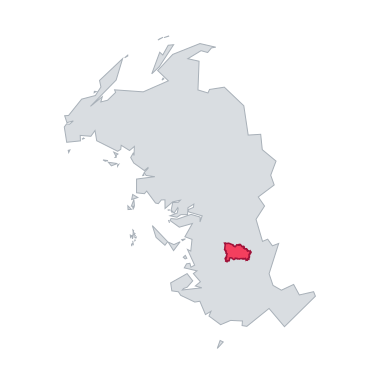 location of Perm' within Russia, rotated 278°
{"feature_id": "RUS-3200", "entity_name": "Perm'", "entity_type": "Territory", "adm_level": 1, "iso_a3": "RUS", "parent_name": "Russia", "parent_adm1": "", "projection": "orthographic", "projection_center": [56.51, 58.891], "detail": "fine", "context": "in_parent", "style": "filled", "palette": "rose", "viewbox_px": 384, "rotation_deg": 278, "n_neighbors": 0, "source": "natural_earth", "source_scale": "10m", "svg_char_len": 7734}
<svg xmlns="http://www.w3.org/2000/svg" viewBox="0 0 384 384"><g transform="rotate(278 192 192)"><path d="M340.1,179.2L338.7,195.4L337.4,191.2L332.3,188.1L333.2,181.3L323.4,169.3L322.5,180.8L293.9,183.7L292.3,194.0L296.0,195.1L300.3,209.4L284.6,231.3L256.2,239.7L258.7,252.0L243.7,255.7L234.3,270.9L219.6,267.6L210.4,272.4L196.3,258.3L188.2,265.8L173.9,259.2L152.9,268.7L155.8,273.5L149.9,279.1L153.1,285.0L121.8,279.7L110.8,285.2L107.2,294.2L114.6,305.5L105.0,312.6L110.2,326.3L106.0,328.7L71.5,302.3L87.4,284.5L66.6,265.0L66.7,260.2L71.3,259.9L70.2,248.1L64.6,238.8L71.5,226.1L76.5,227.4L72.5,222.4L84.9,215.0L83.4,210.1L88.1,195.2L91.3,192.4L91.3,185.8L99.0,183.5L110.5,198.5L104.1,205.1L97.1,200.5L95.2,197.0L93.6,196.0L98.5,215.1L99.4,208.4L104.3,212.8L111.4,204.7L114.6,207.9L115.8,194.9L120.1,196.6L121.1,199.8L117.4,201.4L119.9,204.8L134.5,195.5L133.3,199.0L145.1,198.6L146.7,191.2L160.9,196.8L155.4,184.3L160.7,174.3L162.8,174.9L163.0,181.0L169.7,194.2L168.3,203.6L163.4,204.1L169.8,205.4L171.8,191.7L173.8,190.5L177.0,195.6L180.3,195.5L175.9,190.2L169.0,190.7L168.0,184.1L164.9,180.6L165.4,173.6L169.1,180.3L173.6,180.6L174.6,180.1L168.6,177.2L171.2,173.9L178.9,174.4L179.9,179.9L182.3,181.6L179.6,174.3L171.9,167.6L180.5,166.3L179.9,162.7L175.8,160.3L176.0,157.4L186.6,147.0L183.7,145.1L183.5,137.2L197.1,135.3L202.0,153.1L202.0,144.2L204.6,141.9L208.9,145.0L209.7,145.3L210.1,145.0L206.6,141.8L212.6,130.3L217.6,126.5L222.2,128.3L220.1,129.5L229.1,128.6L224.4,124.4L228.4,115.4L224.3,115.5L222.0,112.7L229.5,90.5L239.4,87.4L233.1,84.1L232.5,73.4L227.1,74.4L223.8,61.0L238.6,56.5L242.0,58.3L242.0,61.2L245.9,64.6L243.3,58.5L249.8,55.3L250.6,59.1L268.6,69.8L274.1,82.9L283.3,87.2L289.6,84.9L314.4,104.7L292.3,101.3L262.7,79.5L273.9,89.9L268.5,89.2L271.1,95.6L280.0,102.5L282.4,101.1L284.4,129.8L298.8,153.1L307.5,141.1L325.6,153.8L340.1,179.2ZM153.2,157.4L139.4,174.8L135.5,172.6L142.1,162.7L153.2,157.4ZM303.4,135.7L325.9,140.6L323.6,144.0L334.0,148.0L335.3,153.3L311.6,142.2L303.4,135.7ZM131.4,181.9L139.1,175.3L137.4,181.4L141.1,187.2L131.4,181.9ZM209.8,114.1L206.7,108.5L209.8,105.0L209.8,114.1ZM169.5,133.9L176.4,135.5L169.9,137.0L169.5,133.9ZM165.7,131.1L169.4,130.4L166.4,134.4L165.7,131.1ZM176.2,133.3L181.3,133.6L179.0,139.1L176.2,133.3ZM211.4,104.4L210.4,101.8L211.4,99.4L211.4,104.4ZM40.6,238.8L48.9,240.5L47.8,243.8L40.6,238.8ZM133.2,140.7L135.4,140.1L131.1,141.4L133.2,140.7ZM217.4,111.3L220.6,109.0L219.3,113.4L217.4,111.3ZM128.3,194.2L125.7,196.1L124.8,194.5L126.2,192.4L128.3,194.2ZM137.3,139.6L139.2,138.8L140.2,139.8L137.3,139.6ZM143.7,139.4L143.0,141.4L141.5,140.7L141.8,139.5L143.7,139.4ZM145.6,139.6L144.0,139.4L146.2,138.7L145.6,139.6ZM143.4,188.4L144.7,192.0L142.5,189.4L143.4,188.4ZM169.3,135.2L168.7,136.7L167.1,136.1L169.3,135.2ZM138.5,137.4L140.8,136.9L140.0,138.2L138.5,137.4ZM216.0,63.6L216.7,65.3L213.9,64.4L216.0,63.6ZM131.6,139.4L133.0,140.1L130.0,139.8L131.6,139.4ZM160.6,173.0L158.3,174.0L160.5,172.8L160.6,173.0ZM201.4,140.9L203.7,141.6L201.7,142.0L201.4,140.9ZM228.9,75.7L230.4,77.0L230.0,77.8L228.9,75.7ZM140.8,141.9L139.7,141.3L141.5,141.8L140.8,141.9ZM140.4,138.3L141.1,139.6L139.8,138.7L140.4,138.3ZM337.7,137.1L339.1,138.5L341.2,141.8L337.7,137.1ZM138.8,141.8L139.6,143.1L138.6,142.9L138.8,141.8ZM170.9,173.5L169.6,175.0L169.1,175.0L170.9,173.5ZM278.1,81.3L278.2,83.1L276.7,81.3L278.1,81.3ZM215.5,111.0L217.1,112.0L215.8,112.1L215.5,111.0ZM298.6,146.7L300.8,147.5L300.1,148.4L298.6,146.7ZM315.5,106.6L318.6,109.3L317.8,109.5L315.5,106.6ZM137.0,142.1L136.0,142.5L135.7,142.1L137.0,142.1ZM170.9,170.4L171.1,172.1L170.6,171.8L170.9,170.4ZM208.4,114.5L209.2,115.6L207.1,114.7L208.4,114.5ZM343.0,147.2L341.0,142.8L343.4,147.5L343.0,147.2Z" fill="#d9dde1" stroke="#a8b0b8" stroke-width="1"/><path d="M135.0,257.8L135.0,257.6L134.9,257.5L134.4,257.2L134.2,256.9L133.9,256.7L133.9,256.8L133.7,257.3L133.6,257.5L133.3,257.6L133.3,257.2L133.2,257.1L132.9,256.7L132.7,256.7L132.6,256.4L132.7,256.2L132.5,255.9L132.3,256.2L132.1,256.2L132.1,255.9L132.1,255.7L132.0,255.4L132.2,255.5L132.3,255.7L132.6,255.6L132.7,255.4L132.7,254.9L132.7,254.7L132.8,254.6L133.0,254.4L133.4,254.4L133.5,254.3L133.6,254.2L133.3,254.0L133.3,253.9L133.4,253.7L133.4,253.4L133.4,253.2L133.2,252.9L132.9,252.9L132.9,252.6L133.0,252.5L133.2,252.4L133.3,252.3L133.3,252.1L133.2,252.1L133.0,251.9L133.1,251.7L132.9,251.6L132.9,251.8L132.7,251.8L132.7,251.6L132.7,251.4L132.9,251.4L132.8,251.2L133.0,251.0L133.0,250.9L133.0,250.5L133.0,250.3L132.9,249.9L132.9,249.6L132.7,249.2L132.5,248.8L132.5,248.7L132.4,248.5L132.3,248.4L132.2,248.3L132.3,248.1L132.4,247.9L132.2,247.5L132.2,247.3L132.2,247.1L132.0,246.5L132.0,246.4L132.2,246.2L132.2,245.9L132.3,245.8L132.5,245.7L132.3,245.4L132.2,245.1L132.2,244.9L132.2,244.6L132.3,244.4L132.5,244.4L132.5,244.2L132.4,243.9L132.1,243.9L132.2,244.0L131.6,243.8L131.4,243.7L131.2,243.5L131.0,243.0L130.9,242.7L131.0,242.5L131.2,242.2L131.3,242.0L131.5,241.6L131.6,241.1L132.0,241.0L132.2,240.4L132.3,239.9L132.3,239.6L132.1,238.9L131.8,238.5L131.7,238.6L129.3,238.4L128.9,238.2L129.1,237.5L129.1,237.3L128.9,237.1L128.6,237.0L128.6,236.9L128.7,236.7L127.8,236.4L128.2,235.0L129.3,235.2L129.4,234.7L129.5,234.6L130.3,234.8L130.6,234.1L131.7,234.4L131.8,234.5L131.6,235.1L132.7,235.4L132.8,235.3L132.9,234.9L135.6,235.4L135.8,234.7L136.0,234.7L136.2,234.4L136.3,234.3L136.3,234.2L137.3,234.3L137.4,234.2L137.6,233.6L138.6,233.8L138.8,233.6L138.8,233.4L138.8,233.1L139.0,232.7L139.3,232.7L139.5,232.3L139.6,232.2L140.6,232.4L140.9,232.3L144.4,232.2L144.7,232.2L144.8,232.1L145.0,231.9L145.1,232.0L145.4,231.6L145.6,231.5L145.9,231.3L146.0,231.7L146.1,232.0L146.0,232.3L146.1,232.5L145.9,232.8L145.8,233.0L145.8,233.4L145.8,233.6L146.0,233.9L146.0,234.0L146.0,234.3L146.1,234.8L146.3,234.9L146.3,235.3L146.4,235.5L146.3,235.8L146.3,236.0L146.2,236.4L146.2,236.7L146.1,237.0L145.9,237.2L145.9,237.4L145.7,237.8L145.8,238.2L145.8,238.3L145.6,238.6L145.6,238.8L145.5,239.0L145.5,239.4L145.5,239.5L145.3,239.6L145.4,239.9L145.0,240.0L144.9,240.3L144.6,240.3L144.4,241.0L144.1,241.1L144.0,241.9L143.8,242.1L143.8,242.3L144.3,242.4L144.3,242.6L144.5,242.8L144.6,243.0L145.5,243.4L145.7,243.6L146.0,243.7L146.0,243.8L145.8,244.4L145.8,244.5L146.0,244.7L145.9,245.0L145.8,245.3L145.8,245.7L146.1,245.7L146.1,245.9L146.1,246.0L146.3,245.9L146.4,246.0L146.6,245.9L146.7,246.1L146.6,246.4L146.6,246.5L146.8,247.0L146.7,247.2L146.4,247.4L146.4,247.6L146.2,247.9L145.9,248.1L145.7,248.5L145.3,248.5L145.2,248.6L145.2,248.8L144.9,249.0L144.7,249.4L144.7,249.5L144.9,249.8L145.1,250.0L145.2,250.3L145.3,250.3L145.4,250.6L145.4,250.8L144.7,251.5L144.4,251.5L144.3,251.4L144.4,251.2L144.1,251.1L143.9,251.2L143.6,251.1L143.6,251.3L143.5,251.6L143.4,251.7L143.2,251.7L143.1,251.8L143.2,252.0L143.0,252.8L143.1,253.0L143.3,253.1L143.3,253.3L143.2,253.4L143.2,253.5L143.3,253.6L143.3,253.8L143.5,253.8L143.3,253.9L143.3,254.0L143.3,254.3L143.3,254.2L143.2,254.2L143.3,254.1L143.2,254.0L142.9,254.1L142.8,254.5L142.6,254.6L142.6,254.8L142.4,254.8L142.2,255.0L141.8,255.0L141.7,254.8L141.4,255.0L141.2,255.2L141.3,255.4L141.3,255.6L141.4,255.9L141.5,255.9L141.6,256.1L141.7,256.3L141.6,256.6L141.5,257.0L141.5,257.4L141.4,257.6L141.6,257.7L141.7,257.8L141.3,257.9L141.3,258.0L141.1,258.4L141.1,258.5L140.7,258.7L140.7,258.8L140.4,258.9L140.2,258.9L140.1,258.7L139.9,258.6L139.9,258.3L139.6,258.3L139.6,258.2L139.4,258.1L139.2,257.9L139.4,257.7L139.1,257.6L138.9,257.5L138.7,257.7L138.6,258.0L138.4,257.9L138.3,258.0L138.0,258.0L137.9,257.8L137.8,257.6L137.7,257.5L137.7,257.4L137.6,257.2L137.5,257.3L137.3,257.3L137.2,257.3L136.6,257.5L136.4,257.7L136.2,257.8L135.8,257.8L135.8,257.7L135.7,257.6L135.6,257.8L135.5,257.7L135.4,257.7L135.0,257.8Z" fill="#f43f5e" stroke="#9f1239" stroke-width="1.5"/></g></svg>